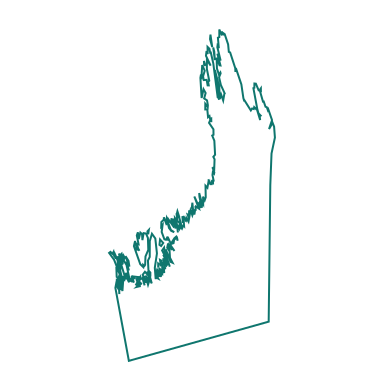 the state/province of Qaasuitsup Kommunia, rotated 80°
{"feature_id": "GRL-2743", "entity_name": "Qaasuitsup Kommunia", "entity_type": "state/province", "adm_level": 1, "iso_a3": "GRL", "parent_name": "Greenland", "parent_adm1": "", "projection": "natural_earth1", "projection_center": [-56.716, 74.362], "detail": "fine", "context": "isolated", "style": "outline", "palette": "teal", "viewbox_px": 384, "rotation_deg": 80, "n_neighbors": 0, "source": "natural_earth", "source_scale": "10m", "svg_char_len": 6116}
<svg xmlns="http://www.w3.org/2000/svg" viewBox="0 0 384 384"><g transform="rotate(80 192 192)"><path d="M86.3,157.0L85.4,155.7L73.4,156.0L64.6,154.4L70.8,151.7L60.3,154.6L55.7,153.2L58.9,152.6L51.8,151.5L53.9,150.0L59.0,149.9L57.0,149.3L69.1,148.7L103.7,150.3L102.8,150.0L105.8,149.2L75.7,148.3L93.0,146.9L105.3,148.5L101.0,146.4L107.3,145.4L100.7,143.0L101.3,142.5L91.6,145.0L83.7,145.4L80.1,143.2L79.2,143.3L81.1,145.1L74.7,146.0L64.0,144.4L72.0,142.9L72.3,142.0L60.2,143.0L67.6,141.0L53.8,141.9L52.5,141.5L55.0,140.6L44.6,139.7L44.2,138.2L36.7,136.9L43.0,135.3L39.1,135.0L41.8,133.8L41.2,133.4L42.2,132.4L52.9,130.8L60.4,131.4L61.2,130.2L77.6,127.9L81.3,128.4L77.5,127.3L94.6,124.7L108.5,125.1L111.9,124.7L110.6,124.5L121.9,119.9L120.2,118.3L121.0,116.8L119.2,116.0L121.1,114.7L120.3,113.9L133.0,112.4L129.2,112.2L128.7,111.1L126.0,112.9L121.5,113.3L100.4,113.5L100.2,112.5L96.0,111.7L96.4,110.3L103.5,108.7L103.9,107.6L116.2,106.3L114.5,105.8L120.8,104.8L121.5,103.6L124.6,103.1L123.8,102.5L135.1,100.7L143.4,105.2L137.9,100.6L141.9,99.8L152.8,100.9L167.9,107.0L198.8,113.7L333.0,139.0L347.3,283.5L273.1,284.1L269.4,282.7L272.4,282.1L276.0,280.8L279.9,281.3L275.9,280.7L267.8,282.4L269.0,281.9L264.3,281.1L267.8,281.0L276.1,279.2L270.2,278.2L269.1,279.0L271.8,279.1L265.9,280.4L263.6,278.6L268.0,278.6L267.3,277.2L261.3,277.9L264.1,279.5L262.5,280.9L252.6,279.5L260.9,277.3L245.2,280.5L237.6,284.2L236.8,282.7L239.1,281.0L237.4,279.7L242.1,279.8L239.7,278.7L240.9,278.4L241.6,279.3L243.1,279.3L242.0,279.0L244.6,278.6L241.6,278.2L246.4,277.2L242.2,276.6L254.1,278.0L255.8,277.3L247.9,277.1L243.3,275.1L243.8,274.3L239.9,274.7L241.6,274.2L243.8,274.0L251.4,275.9L247.3,274.4L257.2,276.3L265.2,275.9L272.7,278.3L277.4,277.7L262.7,274.0L268.1,274.2L263.3,273.2L265.8,272.6L265.6,270.9L270.0,269.7L269.1,269.6L260.2,270.9L265.0,272.6L251.3,274.3L250.5,272.7L245.7,273.1L249.6,271.8L241.2,273.0L240.6,272.1L244.0,272.3L251.8,269.5L249.2,269.3L265.7,268.7L267.0,268.4L266.5,266.7L268.9,267.9L269.5,267.0L267.4,266.2L271.1,264.9L264.0,266.1L267.6,263.4L265.1,264.1L266.2,260.5L269.9,260.7L267.2,261.9L271.2,261.4L274.2,263.7L272.8,262.3L274.9,261.5L275.9,263.0L275.8,261.4L270.5,260.6L276.6,259.8L272.9,259.4L274.0,257.5L271.5,259.3L265.7,259.3L268.4,258.3L267.1,257.6L268.8,257.4L268.3,255.7L275.7,254.9L268.2,255.1L269.3,253.0L273.4,253.7L269.0,252.0L275.7,251.4L271.1,249.0L275.0,247.5L263.7,248.5L268.1,247.7L264.1,247.0L261.7,248.5L251.9,247.3L248.6,244.9L233.0,242.1L226.2,238.7L231.4,236.2L246.4,237.2L260.2,241.8L271.5,242.9L269.8,242.3L271.4,240.3L266.4,241.9L262.4,239.8L264.0,239.0L267.5,240.7L269.1,240.2L266.5,238.9L270.0,238.7L265.1,238.6L265.2,237.1L261.2,237.6L263.3,236.4L268.1,237.7L270.2,237.5L267.0,236.4L267.7,235.6L255.4,233.4L263.7,234.3L266.9,233.4L260.6,232.8L263.4,231.7L252.3,232.0L260.0,229.9L258.7,228.6L248.8,231.2L252.0,229.9L252.0,228.6L261.7,226.8L250.1,228.5L243.9,227.8L257.1,225.2L258.3,223.4L252.9,225.1L240.8,223.7L244.8,222.0L244.6,220.9L247.0,219.5L239.7,222.8L239.2,219.1L236.0,217.9L234.2,215.0L237.5,214.6L234.0,214.7L233.1,215.1L234.5,217.4L239.3,221.8L233.7,223.3L235.4,224.7L231.7,223.7L234.5,226.0L233.8,227.4L226.1,228.8L219.3,226.7L220.7,228.3L216.3,227.4L214.5,224.9L215.7,224.7L212.0,224.1L219.1,222.8L218.3,221.3L223.5,220.9L226.7,219.2L228.5,216.5L225.7,219.4L219.0,220.7L215.2,219.8L223.1,216.1L222.3,214.6L225.2,214.5L214.7,213.3L216.8,212.3L229.4,212.9L221.6,212.4L225.7,211.0L223.0,210.2L226.8,208.8L222.5,208.7L226.0,208.0L223.3,206.1L224.0,205.7L214.2,204.7L218.0,203.2L217.0,203.0L220.1,203.1L216.7,202.0L220.6,200.6L210.1,196.7L212.5,196.3L210.4,196.2L211.2,195.1L213.7,195.9L215.0,195.7L211.4,193.8L214.6,193.6L209.5,191.8L211.1,191.6L206.4,191.0L208.7,190.3L207.4,190.3L209.5,188.1L196.8,190.5L207.6,187.7L203.2,187.2L209.4,186.6L202.3,185.8L209.2,185.2L204.4,183.6L205.8,183.1L198.5,181.9L202.3,180.9L199.6,179.4L188.2,177.6L190.5,176.1L185.1,174.1L187.1,172.9L182.3,173.7L187.5,172.4L187.7,171.2L185.2,170.7L186.5,169.7L183.5,169.2L185.5,168.7L178.8,168.9L176.3,168.1L177.8,167.1L176.5,166.6L171.2,167.6L173.1,166.1L163.7,164.1L161.1,164.9L159.3,162.8L145.4,161.1L139.9,162.3L139.4,160.9L134.0,160.0L126.9,163.2L125.3,162.2L125.6,160.7L123.0,160.3L123.4,161.5L120.2,161.6L121.1,163.2L113.3,162.6L113.0,164.6L107.5,163.6L111.2,161.8L109.3,161.3L104.4,161.3L102.0,163.8L96.9,161.4L92.8,162.8L101.1,166.2L81.0,163.9L79.6,163.4L80.7,162.8L68.8,159.9L74.8,158.4L80.0,161.0L83.8,161.0L84.1,158.1L89.7,158.1L89.9,157.0L86.3,157.0ZM254.1,255.5L235.2,258.6L230.4,256.6L240.1,256.1L238.1,255.5L240.7,254.0L235.5,255.8L236.4,255.0L233.4,255.2L234.2,253.7L225.2,253.9L222.3,252.3L229.1,252.6L223.0,249.9L224.8,248.5L230.8,249.2L224.1,246.8L224.9,244.5L229.6,243.4L241.4,245.1L247.4,249.0L255.6,250.8L256.6,251.7L255.3,252.7L257.4,253.1L254.1,255.5ZM264.1,249.2L268.8,249.4L270.4,250.4L267.1,251.9L267.4,254.3L265.0,255.0L262.4,252.2L266.6,249.6L262.6,250.1L264.1,249.2ZM251.2,229.5L244.4,231.6L241.9,229.1L251.2,229.5ZM238.4,233.2L233.2,231.7L237.2,229.2L239.8,231.8L238.4,233.2ZM40.2,146.5L52.8,146.9L44.6,147.7L40.2,146.5ZM217.8,211.4L212.6,211.1L215.2,209.0L222.1,208.3L217.8,211.4ZM57.5,145.7L66.1,146.6L53.3,146.0L57.5,145.7ZM221.6,214.3L217.7,217.3L214.4,217.0L217.1,215.9L215.0,215.4L221.6,214.3ZM242.6,226.1L238.5,224.5L246.4,224.4L242.6,226.1ZM211.3,194.2L207.5,194.9L202.6,193.5L211.3,194.2ZM254.6,266.6L251.4,267.3L243.6,268.6L248.8,266.5L254.6,266.6ZM254.3,234.1L259.8,235.5L253.3,235.3L254.3,234.1ZM205.3,185.2L198.1,185.5L194.3,185.1L203.2,184.3L205.3,185.2ZM214.2,205.7L216.1,205.0L220.9,206.3L214.2,205.7ZM214.8,208.8L210.3,210.5L208.5,209.7L214.8,208.8ZM70.0,156.9L68.6,157.9L65.0,157.5L70.0,156.9ZM213.1,221.3L215.8,220.6L217.4,221.1L215.8,222.2L213.1,221.3ZM242.4,270.6L245.0,269.7L246.6,270.8L244.0,271.7L242.4,270.6ZM209.6,198.0L211.4,197.8L216.5,199.8L213.5,200.2L214.5,199.0L209.6,198.0ZM226.0,242.5L223.0,242.7L221.8,241.1L226.0,242.5ZM251.4,268.3L258.3,267.8L254.9,268.7L251.4,268.3ZM105.7,106.8L102.5,106.8L101.9,106.2L105.7,106.8ZM257.1,237.3L260.6,238.4L256.6,237.7L257.1,237.3Z" fill="none" stroke="#0f766e" stroke-width="2"/></g></svg>